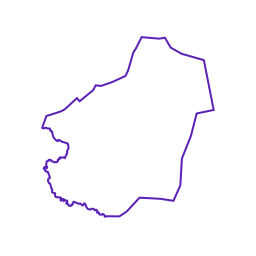 Xairxan, Arhangay, Mongolia, rotated 253°
{"feature_id": "93677404B50954701545850", "entity_name": "Xairxan", "entity_type": "district", "adm_level": 2, "iso_a3": "MNG", "parent_name": "Mongolia", "parent_adm1": "Arhangay", "projection": "natural_earth1", "projection_center": [101.878, 48.564], "detail": "fine", "context": "isolated", "style": "outline", "palette": "violet", "viewbox_px": 256, "rotation_deg": 253, "n_neighbors": 0, "source": "geoboundaries", "source_scale": "gbopen_adm2", "svg_char_len": 5109}
<svg xmlns="http://www.w3.org/2000/svg" viewBox="0 0 256 256"><g transform="rotate(253 128 128)"><path d="M170.7,220.4L183.1,201.2L192.4,192.3L203.5,189.7L204.3,184.0L210.9,167.6L202.0,159.1L198.7,155.2L183.1,145.0L179.4,141.7L178.5,140.8L176.5,125.5L176.1,114.7L178.2,109.5L174.4,105.8L167.7,89.5L171.5,88.0L164.3,72.8L163.5,68.7L163.3,57.0L163.4,53.5L153.4,46.1L153.1,46.1L152.5,46.7L152.3,47.0L152.3,47.3L152.3,47.6L152.4,48.6L152.3,48.9L152.2,49.1L152.2,49.6L152.1,49.8L152.0,50.1L151.6,50.4L151.3,50.6L151.0,50.9L150.8,51.3L150.7,51.7L150.6,52.2L150.6,52.7L150.5,52.9L150.4,53.1L150.1,53.2L149.2,53.2L148.6,53.0L148.3,52.9L148.0,53.0L147.8,53.1L147.7,53.2L147.5,53.7L147.4,54.0L147.1,54.2L146.7,54.3L145.9,54.3L145.3,54.0L145.1,53.9L144.8,54.0L144.5,54.1L144.0,54.1L143.2,54.1L142.8,54.0L141.9,54.0L141.5,54.0L141.0,54.1L140.6,54.1L140.1,54.2L139.6,54.4L138.7,55.0L137.1,55.8L136.8,56.0L136.1,56.8L136.0,57.0L136.1,57.3L136.8,57.8L136.9,58.1L136.9,58.4L136.8,58.6L136.1,59.2L135.5,59.6L134.7,60.5L134.0,60.9L133.4,62.1L133.0,62.6L132.7,63.2L131.7,64.4L131.7,64.6L131.5,64.8L131.0,65.5L130.9,65.4L130.3,65.5L129.8,65.9L129.4,65.9L129.0,65.9L128.3,65.6L128.0,65.5L127.3,65.6L127.0,65.5L126.3,65.2L125.4,64.8L125.2,64.6L124.8,64.0L124.6,63.7L124.3,63.4L123.9,63.1L123.1,62.8L122.7,62.7L122.0,62.7L121.8,62.6L121.6,62.5L121.4,62.2L121.1,61.5L121.0,61.4L120.8,61.3L120.3,61.3L120.1,61.2L119.8,60.8L119.5,60.3L119.4,60.2L119.1,60.0L118.7,59.7L118.4,59.1L117.9,59.0L117.8,58.9L118.5,58.6L118.7,58.2L118.6,57.8L118.6,57.6L118.6,57.4L119.0,56.9L119.1,56.6L119.0,56.3L119.0,55.9L119.4,55.5L119.5,55.0L119.6,54.8L119.8,54.5L119.8,54.4L119.7,54.3L119.4,54.1L118.8,54.1L118.7,54.1L118.5,53.8L118.5,53.7L119.0,53.3L119.0,53.1L118.3,52.7L118.2,52.5L118.1,52.4L118.2,52.0L118.1,51.6L117.7,51.4L117.1,51.4L116.9,51.3L116.7,51.1L116.6,50.9L116.5,50.3L116.4,50.1L116.1,49.7L116.2,49.1L116.7,48.5L116.7,47.8L116.7,47.6L117.1,47.3L117.3,47.2L117.7,46.9L117.9,46.5L118.1,46.1L118.2,45.5L118.3,45.3L118.4,45.2L118.6,45.1L119.4,45.0L119.6,45.0L119.9,44.9L120.1,44.7L120.3,44.5L120.4,43.7L120.5,43.5L120.7,43.2L120.7,42.9L120.5,42.7L119.8,42.3L119.8,42.2L119.7,41.9L119.7,41.7L119.9,41.4L119.9,41.1L119.9,40.8L119.8,40.6L119.6,40.3L119.3,40.2L118.7,40.0L118.3,39.8L118.0,39.6L117.5,39.2L117.3,39.1L117.0,39.0L116.5,39.0L116.2,39.0L115.5,39.0L114.5,39.2L114.0,39.2L113.8,39.1L113.6,39.0L113.4,38.5L113.3,38.2L113.6,38.1L114.3,38.4L114.7,38.4L114.9,38.4L115.1,38.3L115.2,38.1L115.1,37.7L115.1,37.2L114.5,35.9L114.3,35.7L114.0,35.6L113.8,35.6L113.3,35.9L112.9,36.1L112.4,36.4L111.3,36.4L110.8,36.5L110.5,36.7L110.2,37.0L110.0,37.3L109.9,37.6L109.9,38.2L109.8,38.4L109.6,38.5L109.1,38.6L108.4,38.7L107.8,38.6L107.1,38.7L106.8,38.7L106.4,38.8L105.8,38.9L105.4,38.8L104.7,38.7L104.2,38.8L103.9,38.9L103.6,38.9L103.3,38.8L103.1,38.5L102.9,38.2L102.9,37.7L102.8,37.3L102.6,36.9L102.3,36.7L102.0,36.5L101.3,36.3L100.7,36.1L100.3,36.0L100.0,36.0L99.4,36.2L98.8,36.2L98.5,36.3L98.3,36.4L98.2,36.6L98.1,37.0L97.7,37.1L97.1,37.0L96.4,37.1L95.9,37.3L95.6,37.3L94.3,37.2L93.3,37.2L92.8,37.1L92.0,37.2L91.9,37.2L91.7,37.5L90.9,37.4L90.4,37.3L90.1,37.1L89.5,36.7L88.7,36.6L88.5,36.8L88.2,37.0L87.7,37.9L87.5,38.3L87.1,39.0L86.8,39.2L86.5,39.2L86.2,39.1L85.9,38.9L85.7,38.7L85.2,38.5L85.0,38.4L84.6,38.4L84.1,38.6L83.7,38.7L83.4,38.7L83.2,38.7L83.1,38.9L83.1,39.1L83.1,39.3L82.7,39.6L82.5,39.8L82.1,40.6L82.0,41.1L82.0,41.4L82.0,41.8L81.8,42.0L81.6,42.3L81.4,42.9L80.9,43.5L80.6,43.4L80.2,43.1L79.6,42.7L78.4,42.4L78.2,42.7L78.1,43.2L78.1,43.4L78.0,44.0L78.6,44.5L79.0,44.6L79.1,44.8L79.1,45.2L78.9,45.6L78.7,45.8L78.3,45.9L78.0,45.9L77.1,45.2L76.9,45.3L76.9,45.5L77.2,45.9L77.5,46.0L77.3,46.8L76.6,47.6L76.5,47.8L76.6,48.0L76.5,48.4L76.2,48.6L75.8,48.6L75.4,48.4L75.1,48.2L74.8,47.7L74.6,47.4L74.2,47.0L74.0,46.9L73.6,47.1L73.3,48.1L73.1,48.3L72.8,48.5L72.5,48.5L71.5,48.4L71.3,48.5L71.1,48.7L70.4,49.8L70.2,50.4L70.5,50.7L70.8,50.9L70.8,51.1L71.0,51.2L71.2,51.5L71.0,51.9L70.8,52.1L70.9,52.5L72.1,53.1L72.3,53.2L72.4,53.6L72.5,53.8L72.9,54.1L73.3,54.2L73.4,54.3L73.4,54.5L72.7,55.2L72.0,56.2L71.8,56.5L71.7,56.9L71.3,57.2L71.0,57.5L70.6,57.9L70.0,58.5L69.9,58.8L69.8,59.1L69.9,59.9L69.8,60.0L69.6,60.3L68.2,61.2L67.7,61.5L67.2,62.1L67.1,62.3L67.4,62.8L67.8,63.0L68.4,63.8L68.7,64.2L68.7,64.3L67.9,64.8L67.1,65.0L66.4,65.1L66.0,65.1L65.7,65.0L65.4,64.9L64.5,65.1L63.1,65.6L62.6,65.9L62.1,66.2L62.0,66.5L61.9,66.8L61.4,67.4L61.1,67.7L61.0,68.1L61.1,68.8L61.4,69.3L61.4,69.6L61.1,70.6L60.8,71.3L60.4,71.7L60.1,71.8L59.3,72.0L59.0,72.2L58.9,72.3L58.9,72.5L59.0,72.9L59.1,73.2L59.1,73.6L58.9,73.9L58.7,74.1L58.4,74.2L58.1,74.3L57.7,74.4L57.4,74.3L56.7,73.8L56.4,73.7L56.1,73.7L56.0,73.8L56.0,74.1L56.1,74.3L56.0,74.7L55.9,75.0L55.6,75.4L55.4,75.4L54.8,75.3L54.5,75.3L54.0,75.3L53.8,75.3L53.6,75.4L53.5,75.6L53.5,75.9L53.4,76.3L52.9,77.0L52.9,77.3L52.8,77.6L52.9,78.0L53.2,78.4L53.3,78.5L53.2,78.8L52.5,79.3L52.3,79.5L51.9,79.8L50.6,79.9L50.2,79.9L49.8,80.1L50.1,81.0L46.0,94.0L48.6,102.5L58.0,118.7L50.8,138.3L45.1,150.2L57.9,161.3L83.0,170.6L102.1,185.9L121.8,197.9L120.2,215.2L170.7,220.4Z" fill="none" stroke="#5b21b6" stroke-width="2"/></g></svg>